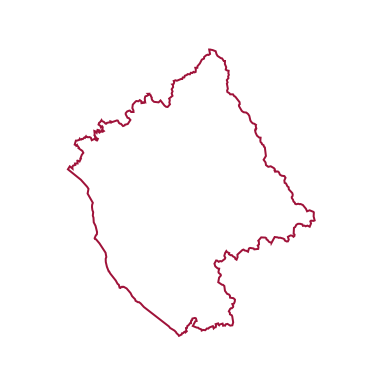 Hurunui District, Canterbury, New Zealand (Robinson projection), rotated 104°
{"feature_id": "76426892B32484543258144", "entity_name": "Hurunui District", "entity_type": "district", "adm_level": 2, "iso_a3": "NZL", "parent_name": "New Zealand", "parent_adm1": "Canterbury", "projection": "robinson", "projection_center": [172.736, -42.667], "detail": "fine", "context": "isolated", "style": "outline", "palette": "rose", "viewbox_px": 384, "rotation_deg": 104, "n_neighbors": 0, "source": "geoboundaries", "source_scale": "gbopen_adm2", "svg_char_len": 6042}
<svg xmlns="http://www.w3.org/2000/svg" viewBox="0 0 384 384"><g transform="rotate(104 192 192)"><path d="M154.2,106.2L154.5,109.0L153.9,110.9L151.9,112.4L151.3,113.7L151.8,115.1L151.5,115.9L152.1,116.3L151.1,117.2L149.9,117.1L149.0,118.3L148.0,121.8L149.1,124.1L148.0,126.7L145.5,127.8L143.4,130.3L139.2,129.0L131.1,132.1L130.6,133.2L129.3,133.8L128.7,135.6L127.8,136.1L127.1,137.4L125.8,138.1L122.7,138.6L122.9,140.0L121.6,142.6L119.0,144.7L116.7,145.8L116.0,145.1L115.2,145.5L114.8,145.0L112.4,146.2L111.4,146.1L110.7,148.1L110.7,149.6L109.9,151.1L108.6,152.6L104.3,154.8L102.8,156.4L101.8,158.5L102.1,161.3L101.3,163.3L97.4,167.1L96.3,167.5L95.3,166.9L93.3,167.6L89.0,173.1L88.8,174.2L87.3,175.9L88.0,178.6L87.1,179.6L86.4,181.9L85.0,182.5L83.2,182.2L78.3,184.4L77.1,184.0L75.0,185.3L72.7,184.2L71.2,184.9L69.4,184.6L68.1,185.4L65.5,185.8L65.6,187.2L65.1,188.9L62.6,189.0L59.8,191.1L56.9,191.7L57.2,192.9L55.1,195.1L55.1,196.5L53.8,200.1L52.4,201.5L49.7,203.1L49.3,206.2L49.4,209.1L49.6,209.8L53.7,207.9L55.0,209.0L55.0,210.1L55.9,211.3L58.1,212.9L59.6,212.6L61.2,214.5L65.4,215.5L68.6,217.1L70.2,216.9L70.7,218.8L72.3,217.9L74.6,217.5L75.3,218.4L75.1,219.7L76.4,220.4L76.6,222.0L78.3,222.5L78.7,224.8L79.7,225.3L80.9,227.1L82.7,227.2L83.1,228.7L84.7,228.8L85.1,230.1L87.7,233.6L87.6,235.1L88.7,236.6L89.6,235.9L91.2,235.9L92.0,236.2L92.4,237.1L92.9,236.4L94.8,235.7L97.2,236.6L99.1,235.2L101.2,235.6L103.4,234.2L106.9,236.8L108.1,235.8L110.8,235.6L112.2,234.6L115.4,236.2L115.6,237.7L114.8,239.6L110.8,244.7L113.1,246.1L113.7,250.6L112.7,252.6L111.3,253.7L110.0,253.9L109.4,254.8L108.1,255.5L107.6,256.6L108.0,257.1L107.0,257.2L107.4,258.5L107.8,257.8L108.3,257.8L109.6,258.9L110.4,260.3L111.0,260.5L113.0,260.4L116.1,259.2L116.0,260.4L116.4,259.8L116.6,260.6L117.1,260.2L118.0,262.5L116.1,263.3L115.5,264.9L116.9,265.8L117.2,268.0L117.7,268.5L121.5,270.6L125.0,270.2L127.0,268.6L128.5,268.1L129.1,270.4L128.1,271.7L128.1,272.4L129.5,274.4L131.6,275.4L132.7,275.1L135.6,272.5L135.5,271.3L137.0,269.2L141.6,270.8L142.9,273.3L143.7,273.5L144.7,274.9L143.0,277.5L143.1,278.6L142.6,279.6L140.7,281.2L140.7,282.1L143.4,286.3L143.2,288.2L144.3,287.8L144.3,288.8L145.5,291.3L146.4,291.6L146.6,292.4L145.3,294.5L144.9,296.7L144.2,297.2L146.5,298.1L147.4,298.9L149.2,299.0L149.9,297.0L151.3,296.0L150.0,295.1L150.7,294.3L153.3,294.0L154.2,292.3L155.0,293.1L153.9,294.3L154.0,294.7L155.3,294.6L155.3,295.2L156.8,296.1L156.6,296.6L154.6,297.1L154.6,298.7L157.5,298.8L156.6,299.9L156.4,301.5L159.1,300.5L160.6,300.4L160.8,299.9L161.9,299.4L161.7,299.0L162.8,298.0L163.2,296.2L164.9,296.5L165.0,297.2L164.0,299.4L166.0,301.8L163.8,303.3L163.5,304.7L164.1,306.3L163.9,307.0L164.2,307.7L163.6,308.3L165.3,308.9L165.1,309.6L167.1,310.8L167.3,311.9L168.0,312.3L168.1,313.2L167.6,313.8L168.7,314.0L169.9,315.9L170.2,317.1L174.4,317.3L174.8,315.8L174.3,315.2L175.1,315.1L174.7,314.5L176.4,312.4L177.0,312.6L178.7,308.3L180.3,306.9L182.5,307.9L186.5,308.4L186.6,307.9L189.6,308.5L189.2,310.4L189.4,310.8L192.0,309.9L192.7,312.4L194.0,311.8L195.1,313.7L196.5,314.2L198.2,313.6L196.7,316.8L200.0,317.9L207.0,302.8L212.3,295.0L214.0,293.2L218.8,292.9L226.5,285.6L228.7,285.8L230.8,285.4L233.6,284.3L235.5,283.0L239.0,282.5L240.7,281.4L245.2,280.0L248.2,277.4L253.9,274.4L256.2,274.1L257.3,274.8L260.4,275.3L261.1,274.7L261.1,273.7L264.2,269.4L271.8,261.2L275.8,259.4L277.7,259.6L280.8,258.7L285.1,256.5L289.2,253.6L289.1,253.2L290.8,251.7L296.4,244.5L299.1,242.0L299.7,240.6L302.4,239.1L302.4,238.2L301.6,238.0L300.8,236.9L301.0,236.2L300.5,235.4L301.4,232.1L304.9,227.2L307.6,224.9L309.9,221.2L311.2,220.5L312.0,217.7L311.7,216.8L312.5,214.9L315.2,210.9L328.0,181.9L329.2,180.4L330.7,175.5L332.0,173.4L332.7,172.9L333.8,170.8L334.7,169.9L332.8,167.6L331.6,167.6L331.1,166.5L329.7,165.7L329.3,165.2L329.9,164.4L328.4,163.4L327.1,164.6L327.3,164.8L326.8,164.5L325.5,164.9L325.1,164.0L323.1,164.1L322.1,163.1L319.7,162.1L319.5,161.3L317.7,161.7L316.8,161.6L316.5,161.0L314.7,161.0L313.5,158.7L313.7,157.6L316.0,156.3L316.7,157.5L321.8,158.8L322.4,154.8L322.2,153.1L322.7,152.5L323.1,149.6L324.1,149.1L323.1,147.7L322.9,145.7L320.8,144.5L320.6,143.1L319.3,142.4L317.1,139.3L319.1,138.0L317.9,137.3L317.5,136.3L316.1,136.3L314.5,137.1L313.2,134.9L314.4,134.2L314.7,133.5L314.1,133.4L312.3,130.5L314.2,129.4L313.6,128.6L313.7,127.6L312.2,127.2L311.4,125.7L312.4,122.6L311.6,120.6L308.5,120.5L302.9,122.9L302.0,123.6L301.5,125.6L299.9,126.1L298.9,127.4L296.2,126.7L295.4,126.1L295.2,125.3L293.7,124.3L292.7,124.4L291.0,125.8L290.1,124.3L288.0,124.0L286.0,124.3L285.0,126.1L285.3,129.5L283.3,130.2L282.5,131.4L282.3,133.3L279.9,136.1L275.4,137.9L274.6,139.4L274.7,140.5L273.2,144.7L268.5,145.0L266.1,143.8L265.1,144.2L264.0,146.5L263.2,147.0L259.8,147.1L259.9,148.7L258.5,151.4L256.1,152.9L252.6,152.0L252.5,150.9L253.3,149.2L252.2,148.0L252.2,146.5L248.9,143.9L247.7,143.8L246.2,145.2L243.2,145.1L241.0,144.4L241.9,143.3L242.2,141.1L243.4,141.1L244.0,139.3L243.6,138.1L244.5,136.8L245.1,134.6L246.5,133.7L246.9,132.4L244.2,132.0L241.8,132.8L236.0,129.0L235.4,128.0L236.0,126.8L235.9,125.0L236.4,123.2L233.1,123.1L232.2,122.1L231.9,118.5L232.6,117.7L231.2,114.0L229.3,114.2L228.0,115.3L226.8,114.3L224.0,115.1L223.3,115.9L219.3,113.9L218.5,109.8L218.9,108.7L220.0,108.2L220.4,106.8L221.5,105.6L221.9,104.7L221.8,102.8L222.3,102.6L215.7,100.9L215.3,97.9L215.5,96.8L215.0,95.5L215.1,92.3L215.5,90.9L216.6,90.2L217.1,88.2L216.7,87.0L214.8,86.6L212.3,88.1L210.3,85.9L210.1,84.2L210.9,82.7L209.9,82.0L208.5,82.2L207.8,83.3L202.1,84.4L201.0,83.4L198.5,82.8L197.2,81.4L196.7,79.3L196.8,77.0L198.0,76.2L197.4,74.6L197.8,73.5L196.7,71.9L197.2,69.4L193.7,68.9L191.8,70.1L191.0,69.5L190.6,67.0L189.9,66.1L186.2,68.1L182.5,68.8L181.9,69.3L181.3,73.4L182.9,75.7L180.7,77.4L177.8,81.3L177.4,83.7L177.8,84.7L177.7,86.1L178.7,88.0L178.4,89.2L177.4,89.7L176.7,91.2L175.1,92.1L173.7,93.7L172.8,94.0L171.8,93.5L170.3,93.6L168.8,94.4L166.0,98.7L164.0,99.4L163.4,100.8L161.0,102.8L160.7,104.3L158.4,105.2L155.6,104.7L154.2,106.2Z" fill="none" stroke="#9f1239" stroke-width="2"/></g></svg>